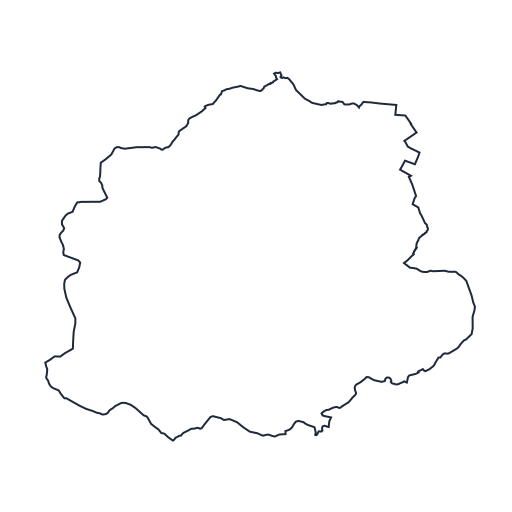 Soimi, Bihor, Romania (Albers equal-area conic projection), rotated 87°
{"feature_id": "2599482B68730254025717", "entity_name": "Soimi", "entity_type": "district", "adm_level": 2, "iso_a3": "ROU", "parent_name": "Romania", "parent_adm1": "Bihor", "projection": "albers", "projection_center": [22.142, 46.656], "detail": "fine", "context": "isolated", "style": "outline", "palette": "slate", "viewbox_px": 512, "rotation_deg": 87, "n_neighbors": 0, "source": "geoboundaries", "source_scale": "gbopen_adm2", "svg_char_len": 6002}
<svg xmlns="http://www.w3.org/2000/svg" viewBox="0 0 512 512"><g transform="rotate(87 256 256)"><path d="M203.9,441.8L205.7,444.1L210.6,447.9L212.8,448.1L214.2,448.1L218.2,446.1L220.5,447.1L222.5,449.3L224.4,450.9L227.1,451.2L231.6,449.7L235.0,448.2L238.7,447.5L242.5,448.3L245.0,447.9L251.1,433.8L253.4,431.9L258.3,433.2L263.0,435.5L264.2,439.3L265.2,442.0L266.7,444.4L269.4,447.7L270.8,448.3L273.8,449.0L278.8,449.1L287.6,447.6L297.0,444.3L309.0,439.6L314.2,440.0L322.0,442.0L331.8,443.1L338.9,443.7L343.0,451.8L346.2,456.8L345.7,462.3L349.0,467.4L351.4,472.0L356.0,471.1L358.0,470.4L360.7,470.7L364.1,471.3L365.9,471.9L367.2,471.7L369.7,470.1L372.8,469.3L375.4,467.8L376.5,466.6L377.6,465.0L379.2,461.4L380.1,459.9L383.0,458.4L387.7,455.1L388.2,454.3L388.1,452.9L396.3,440.0L399.8,433.6L402.1,427.5L404.3,422.9L404.9,420.3L406.3,417.5L406.1,415.0L405.8,413.8L405.3,412.8L404.6,411.9L402.7,410.6L402.2,410.0L400.5,407.0L398.4,404.3L395.7,398.1L395.6,396.7L396.0,393.8L398.2,388.5L399.4,387.2L400.7,385.3L402.3,383.5L408.9,376.9L409.5,376.0L410.3,374.0L410.9,373.3L411.9,372.6L418.2,369.5L421.4,365.9L424.1,362.5L427.8,359.8L428.5,357.2L429.0,356.4L432.3,353.3L436.0,348.6L435.0,347.2L434.4,346.7L434.0,346.6L433.2,345.7L432.7,344.3L431.7,342.5L431.4,340.3L429.4,338.5L428.5,337.0L426.5,332.3L425.2,329.9L425.1,326.3L424.5,323.9L424.9,322.1L425.6,320.9L425.0,319.1L421.4,316.2L414.4,309.9L413.7,307.5L416.1,299.6L418.1,296.6L417.5,290.9L421.0,283.6L426.5,277.5L431.1,271.4L433.1,263.9L435.8,258.7L435.0,254.3L435.1,252.5L436.4,249.6L437.3,246.7L435.5,242.1L435.4,235.8L432.4,235.8L431.6,232.9L430.8,231.0L428.8,228.8L426.2,227.2L423.5,224.9L422.9,222.2L424.5,217.1L425.5,216.2L427.4,213.2L430.0,206.6L434.5,205.7L436.5,205.6L437.1,206.2L437.8,206.2L438.1,205.4L438.0,204.8L437.3,204.3L434.4,202.5L434.7,199.8L433.9,198.8L433.5,198.8L432.3,199.2L429.7,198.5L429.1,196.4L430.0,194.2L430.6,192.4L424.7,191.4L422.8,190.3L421.1,189.5L419.6,195.4L418.9,197.5L418.6,197.9L417.9,198.0L417.1,198.7L416.6,198.8L416.4,198.6L414.8,196.5L413.5,193.8L413.3,191.1L412.7,190.0L411.5,186.8L411.2,185.8L411.0,184.0L411.2,182.5L412.0,181.1L412.1,180.6L411.8,179.5L410.7,178.1L407.0,171.4L405.6,169.9L402.4,167.0L399.8,164.0L398.6,163.3L397.9,163.3L394.8,164.2L392.6,164.3L391.6,164.0L390.3,163.3L389.4,162.2L388.7,160.5L387.5,158.2L384.7,154.2L382.6,151.9L382.9,150.8L382.9,149.7L384.8,147.0L386.3,144.2L388.2,137.4L387.9,135.0L387.4,133.7L386.4,133.6L385.2,133.0L384.4,132.0L384.2,131.2L384.4,129.5L385.2,128.5L385.7,128.1L387.7,127.4L388.6,127.5L388.8,127.9L389.7,127.4L390.2,126.9L390.6,126.0L390.9,124.4L391.4,123.7L391.5,123.0L391.6,121.9L391.4,120.4L390.6,118.7L389.6,115.7L388.9,114.6L390.3,112.0L389.0,111.6L385.3,110.7L384.4,110.2L383.6,109.5L383.2,108.7L382.1,102.7L380.8,99.7L379.8,100.1L377.7,95.3L379.3,94.1L379.9,92.9L378.1,88.7L375.4,84.9L374.7,84.2L373.9,83.5L372.4,82.8L367.0,79.1L367.0,77.1L364.8,75.4L364.2,74.8L363.5,73.8L363.1,72.6L363.4,71.1L363.5,70.0L363.5,69.4L363.1,68.1L358.8,60.0L357.7,58.6L354.6,56.2L351.3,52.9L350.8,52.1L350.6,50.9L345.3,44.8L339.7,43.4L328.1,42.9L321.7,40.7L318.1,40.0L314.0,41.4L306.7,42.8L291.8,47.3L289.7,49.1L288.5,50.1L286.2,52.7L285.7,53.6L284.9,54.6L282.6,56.9L282.0,58.7L282.1,60.8L282.0,61.6L281.8,64.5L280.6,68.4L280.5,79.2L280.3,81.0L279.8,82.4L280.9,85.9L280.9,87.7L280.5,90.5L279.7,92.5L277.6,95.4L277.0,96.6L276.7,97.6L276.1,100.4L275.6,103.2L274.9,103.8L270.8,108.6L270.2,108.0L269.7,106.9L268.3,105.0L264.3,100.6L262.6,98.4L261.7,99.0L261.1,98.4L260.3,98.0L259.6,98.0L259.1,97.2L258.9,97.0L257.9,96.8L257.5,96.3L257.2,95.6L256.9,95.5L256.5,95.8L255.9,95.1L255.5,95.5L255.2,95.5L252.2,95.0L250.3,94.1L248.8,93.1L246.7,92.3L246.1,91.6L244.6,89.5L243.6,88.7L243.6,88.0L243.1,87.7L242.9,87.4L242.8,86.5L241.7,85.9L241.5,84.9L241.2,84.5L240.2,84.3L239.5,83.5L238.5,82.9L236.9,83.0L235.7,83.6L234.6,83.6L233.7,83.8L233.1,84.3L232.2,85.4L231.5,85.7L224.3,88.6L221.6,90.0L216.0,91.4L212.5,96.9L206.4,94.5L204.5,93.0L192.9,96.2L184.9,99.2L184.0,97.1L177.3,107.6L173.0,104.8L168.6,102.2L172.7,92.5L165.3,88.9L161.3,87.3L156.5,95.9L154.7,98.7L152.5,99.7L149.7,101.1L148.8,101.8L141.1,89.2L132.3,94.6L132.0,94.2L124.0,99.2L123.5,99.7L122.3,109.5L112.5,108.0L110.2,124.5L108.6,133.5L108.2,137.4L107.7,140.5L108.3,141.2L110.3,142.8L111.9,144.9L113.1,145.4L110.8,147.2L109.6,148.9L108.8,150.4L108.7,151.4L108.8,152.4L109.5,154.7L109.4,158.8L109.1,159.9L106.7,161.5L106.3,163.4L106.2,165.0L105.7,165.6L105.8,166.0L106.8,166.7L106.8,167.8L107.3,168.3L107.5,168.7L107.4,169.6L107.7,170.2L107.5,171.7L107.7,172.0L107.9,173.4L107.0,176.0L107.0,177.4L108.0,177.9L108.6,182.8L106.1,191.7L105.2,193.2L104.1,194.5L101.5,198.9L92.3,207.4L86.7,209.6L81.1,213.7L79.8,215.3L79.9,217.5L79.0,219.5L79.6,220.5L79.0,222.0L78.3,222.1L77.0,221.1L73.9,222.3L74.5,224.4L74.0,226.6L74.8,228.4L77.5,226.7L78.6,226.7L80.6,225.8L82.7,229.6L83.4,229.8L84.1,231.7L83.9,232.0L84.1,232.5L84.9,232.6L85.1,233.0L84.9,233.9L87.4,239.0L88.5,239.3L89.1,239.8L91.2,242.2L91.5,242.9L91.2,244.4L90.9,245.3L90.3,247.1L89.1,250.0L88.1,255.3L87.6,256.9L86.4,259.7L86.1,260.9L85.5,262.0L85.4,262.8L86.0,265.5L86.7,270.6L87.7,274.1L87.8,275.8L88.1,277.3L89.0,278.9L89.5,281.2L92.9,282.7L93.0,283.5L98.9,288.1L100.0,289.4L102.0,291.2L102.4,294.7L102.6,295.7L103.4,298.2L104.1,299.4L105.6,298.7L108.7,302.5L112.3,308.5L114.0,312.9L114.9,314.8L115.7,315.8L116.9,316.6L119.7,316.8L122.7,318.8L126.8,325.4L127.6,326.4L129.1,326.9L130.4,326.9L131.0,327.3L133.0,329.2L135.7,331.5L137.4,333.3L140.3,335.2L141.9,336.7L142.9,338.3L142.8,339.6L143.4,341.3L145.0,343.8L144.7,345.1L143.7,346.2L142.3,349.6L141.9,351.1L142.4,353.0L142.4,354.6L141.7,356.7L141.1,369.9L141.5,374.4L142.0,381.5L141.1,385.3L140.2,386.7L140.0,389.2L141.2,391.6L147.1,395.2L151.8,401.5L154.7,406.1L160.4,406.8L164.4,407.1L168.7,407.7L170.5,408.5L172.9,408.6L175.0,406.8L177.5,405.8L180.0,405.8L190.0,401.5L191.5,403.0L193.7,408.9L192.8,427.5L193.2,431.8L197.5,434.6L202.2,436.8L203.9,441.8Z" fill="none" stroke="#1e293b" stroke-width="2"/></g></svg>